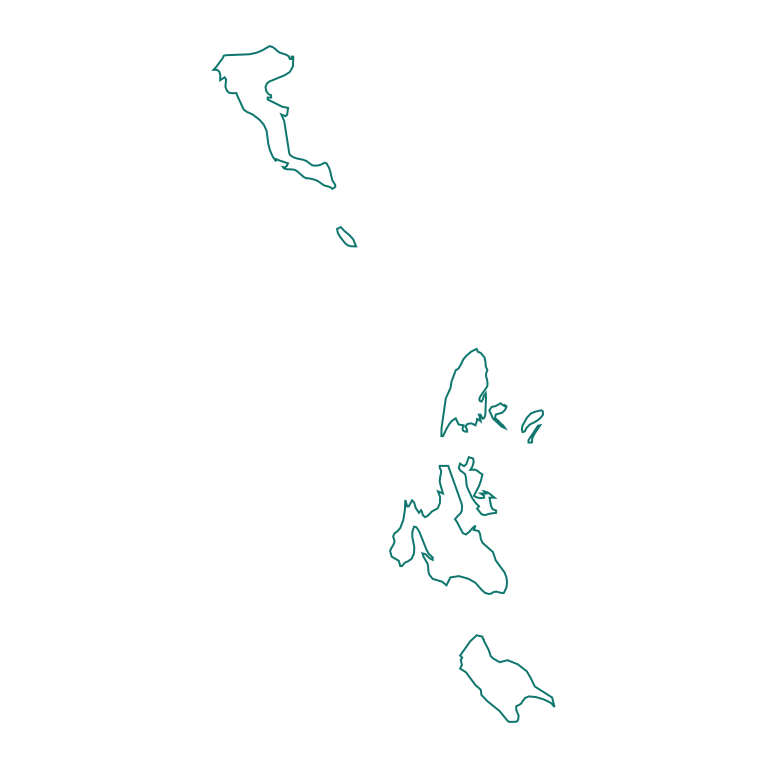 Ionioi Nisoi, Natural Earth projection
{"feature_id": "GRC-2883", "entity_name": "Ionioi Nisoi", "entity_type": "Region", "adm_level": 1, "iso_a3": "GRC", "parent_name": "Greece", "parent_adm1": "", "projection": "natural_earth1", "projection_center": [20.478, 38.738], "detail": "fine", "context": "isolated", "style": "outline", "palette": "teal", "viewbox_px": 768, "rotation_deg": 0, "n_neighbors": 0, "source": "natural_earth", "source_scale": "10m", "svg_char_len": 5168}
<svg xmlns="http://www.w3.org/2000/svg" viewBox="0 0 768 768"><path d="M488.6,594.0L484.8,592.7L481.6,589.8L475.6,582.9L468.5,578.8L458.9,576.1L450.4,577.4L446.5,585.3L441.9,581.6L432.7,578.9L429.3,574.6L428.5,571.9L428.0,566.1L427.6,563.8L423.5,556.7L422.5,553.4L425.6,554.2L429.7,558.3L432.7,559.8L432.7,557.5L428.7,553.7L426.2,549.0L419.5,532.1L416.6,527.4L414.1,526.6L412.3,531.9L412.3,536.9L414.3,547.2L414.0,553.4L411.6,558.8L408.4,561.1L404.9,562.6L401.9,566.1L400.3,566.1L398.8,560.8L391.7,556.7L390.1,551.1L391.1,548.5L393.0,545.4L394.5,542.2L394.2,539.5L393.2,536.8L393.8,534.6L395.2,532.8L396.7,531.9L400.2,528.1L403.3,520.0L404.9,509.8L405.3,500.1L406.7,504.5L407.0,506.4L408.7,506.4L412.1,500.3L414.1,502.5L415.9,508.3L419.0,512.8L421.1,510.2L422.0,512.0L422.9,515.3L425.0,517.1L427.5,516.0L431.9,511.5L437.7,508.3L439.9,503.2L440.1,496.9L438.0,491.4L443.0,493.5L440.0,483.1L439.7,480.8L440.2,476.7L441.0,473.3L441.1,470.5L439.7,467.8L439.7,465.9L448.2,465.9L461.7,503.9L462.1,506.4L461.7,511.2L460.2,513.7L457.9,515.8L455.0,519.2L457.0,522.0L462.8,533.1L465.9,534.5L469.4,531.7L472.9,527.7L475.6,525.6L475.0,526.6L474.4,528.8L473.9,530.0L478.6,531.0L480.1,534.2L480.7,538.5L482.4,542.7L493.0,552.1L495.7,560.3L504.6,572.5L506.4,577.3L507.1,582.4L506.4,587.6L503.9,592.8L502.5,593.2L496.1,591.6L493.8,592.0L491.1,593.6L488.6,594.0ZM328.9,167.5L330.1,170.9L332.3,180.3L335.2,184.8L335.3,186.9L332.3,188.9L330.1,187.1L323.9,185.3L318.1,181.2L314.1,179.5L309.7,178.5L305.8,178.1L303.6,176.9L297.3,171.4L294.8,169.8L290.6,169.3L287.1,169.3L284.1,168.5L283.1,167.1L284.9,167.4L286.6,166.2L288.0,163.3L279.4,160.5L276.2,159.1L276.1,159.8L275.9,161.0L276.0,161.4L272.7,156.6L270.0,150.3L268.3,143.9L266.6,130.7L263.6,124.4L258.9,119.2L252.6,114.5L246.8,111.8L243.7,109.6L237.1,95.2L236.4,93.1L232.1,93.2L229.2,92.8L227.1,91.0L225.4,86.8L226.1,79.6L224.7,77.3L220.1,80.2L220.3,75.3L219.4,71.8L217.3,69.9L213.5,69.8L216.0,67.2L222.5,58.5L223.8,55.7L226.1,55.2L249.1,54.3L256.4,52.8L262.8,50.1L269.5,46.1L272.9,47.2L275.2,48.9L277.2,50.9L279.7,52.6L286.1,54.7L288.6,56.2L289.9,59.0L291.6,59.0L291.6,56.7L293.3,56.7L292.9,66.4L289.8,72.0L284.6,75.3L269.4,81.5L266.9,83.5L265.5,87.1L266.2,91.0L268.4,94.1L271.1,95.2L271.1,97.5L267.7,97.5L267.7,99.5L282.3,106.8L288.1,107.9L287.1,114.7L285.6,116.2L281.3,114.5L284.2,121.0L289.3,153.5L290.3,155.3L293.1,157.1L296.5,158.4L303.4,159.8L306.7,161.2L311.9,165.1L314.2,165.7L318.6,165.4L322.2,164.1L324.4,162.7L326.4,163.2L328.9,167.5ZM530.7,678.0L534.8,686.5L552.1,697.5L554.5,707.0L551.1,703.0L543.9,699.4L535.6,697.0L528.8,696.4L525.1,698.0L522.8,700.9L521.2,703.5L519.5,704.7L516.2,706.3L516.3,710.0L517.7,713.6L518.6,715.4L518.2,719.5L517.1,721.4L514.3,721.9L509.1,721.9L507.3,720.5L499.6,711.1L487.3,701.1L481.4,694.9L480.8,689.8L475.4,685.0L465.9,672.2L460.1,668.6L461.9,665.0L460.8,659.7L462.2,657.7L460.1,655.6L470.3,641.2L476.7,635.3L482.5,636.7L482.7,637.7L482.7,638.4L483.9,639.8L483.7,640.4L488.8,650.2L490.8,656.3L493.4,658.6L499.6,662.2L507.5,660.2L517.8,664.3L526.8,671.3L530.7,678.0ZM451.6,421.1L449.2,424.2L446.6,428.6L443.0,436.1L441.4,436.1L441.5,428.3L445.8,398.3L450.5,388.0L451.5,381.7L455.8,370.1L458.2,368.9L460.2,365.8L463.4,359.3L466.4,355.7L471.1,351.7L476.6,348.9L477.2,350.0L477.6,351.6L480.6,352.9L484.5,357.4L485.5,362.2L485.8,366.6L487.4,370.1L486.0,373.8L486.2,376.8L486.9,379.3L487.4,381.7L487.5,384.4L487.3,386.0L486.3,387.9L480.5,396.2L479.3,398.7L479.8,400.9L481.6,401.6L482.8,399.3L483.9,395.8L485.7,393.3L486.0,397.9L485.3,414.7L484.1,418.2L482.5,418.7L480.6,414.7L478.9,414.7L479.5,416.2L480.6,421.1L479.7,420.3L477.1,419.0L476.9,421.3L476.4,422.5L475.9,423.5L475.5,425.3L471.3,423.3L467.4,424.0L465.4,426.5L467.1,429.8L467.1,431.7L464.4,431.4L462.9,430.3L462.5,428.2L463.5,425.3L458.6,424.5L455.7,418.3L451.6,421.1ZM484.1,491.4L487.1,492.2L489.8,493.8L494.5,497.7L493.3,497.6L489.5,497.7L491.1,506.2L492.6,509.2L496.1,510.5L496.1,512.8L489.2,513.8L485.0,515.1L481.6,514.3L477.1,508.6L479.0,506.4L475.3,502.5L472.0,497.7L467.1,487.1L466.6,484.8L465.9,477.7L465.2,474.4L463.3,472.6L460.5,470.7L458.8,468.0L460.0,463.6L464.0,466.2L466.2,464.4L468.8,457.2L473.1,458.5L473.7,462.4L472.2,466.9L470.4,469.9L474.7,469.6L477.4,470.8L479.7,472.7L482.4,474.4L480.9,480.8L478.9,486.2L473.9,495.8L475.8,497.0L478.3,497.8L481.1,498.1L484.1,497.7L484.1,495.8L480.7,493.5L485.8,493.5L484.1,491.4ZM541.2,410.3L542.8,411.3L543.1,414.6L540.3,418.1L537.2,420.6L533.6,422.7L531.5,423.6L529.5,424.8L526.7,427.8L524.6,431.5L522.6,432.1L521.8,429.1L522.5,425.6L527.0,417.6L530.9,413.4L535.3,411.7L541.2,410.3ZM340.8,227.1L344.6,231.2L349.0,234.7L353.2,239.3L356.1,246.4L351.0,246.3L347.9,245.4L345.4,243.5L340.3,237.2L337.8,232.9L337.1,228.9L340.8,227.1ZM505.2,406.4L506.3,406.2L506.3,407.4L505.5,409.0L504.2,410.8L502.2,412.7L495.8,414.5L495.0,418.1L498.4,420.9L500.4,423.0L500.8,423.7L502.7,425.0L505.0,428.1L501.8,426.7L493.0,418.6L489.3,410.4L491.7,406.9L495.5,406.1L500.8,403.3L502.1,404.6L503.2,405.3L504.4,404.9L505.0,405.3L504.7,406.2L505.2,406.4ZM540.2,425.3L534.8,433.2L532.3,438.2L531.9,442.5L528.5,442.5L528.5,440.2L538.0,425.7L540.2,425.3Z" fill="none" stroke="#0f766e" stroke-width="2"/></svg>